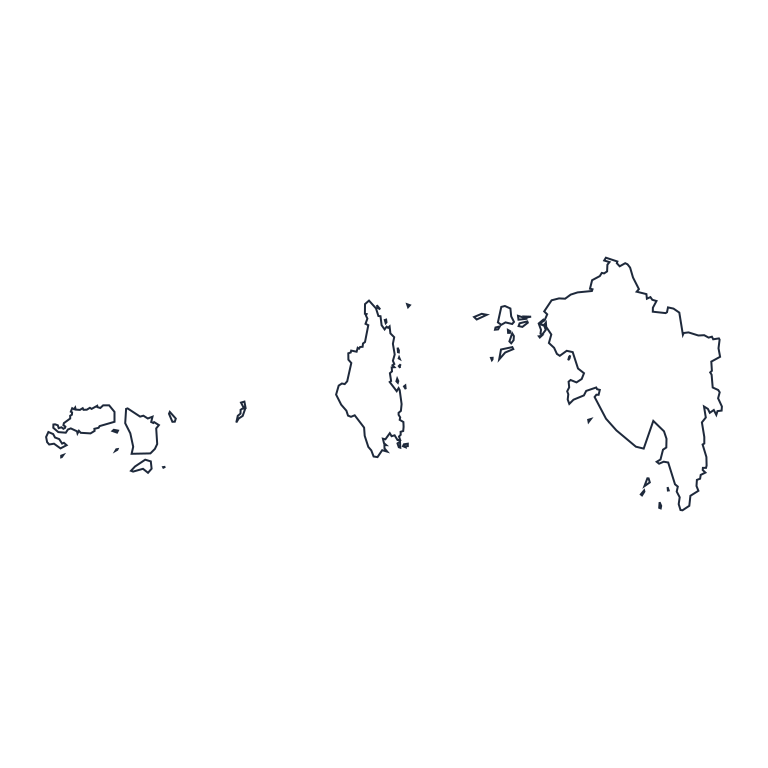 the district of Mueang Satun, Satun, Thailand
{"feature_id": "78962969B14471868666252", "entity_name": "Mueang Satun", "entity_type": "district", "adm_level": 2, "iso_a3": "THA", "parent_name": "Thailand", "parent_adm1": "Satun", "projection": "albers", "projection_center": [99.766, 6.614], "detail": "fine", "context": "isolated", "style": "outline", "palette": "slate", "viewbox_px": 768, "rotation_deg": 0, "n_neighbors": 0, "source": "geoboundaries", "source_scale": "gbopen_adm2", "svg_char_len": 6108}
<svg xmlns="http://www.w3.org/2000/svg" viewBox="0 0 768 768"><path d="M605.9,257.7L604.2,260.5L609.5,262.1L607.4,264.7L607.1,271.4L604.1,273.4L601.8,272.9L599.8,276.1L592.1,280.2L590.0,288.7L592.5,289.3L591.9,291.0L577.6,292.4L570.7,294.6L565.1,298.7L559.0,298.4L551.6,300.3L544.2,311.4L547.2,314.3L544.6,320.4L541.0,322.6L540.7,324.2L544.0,325.1L545.9,322.6L546.2,326.9L551.3,334.5L548.9,343.0L554.1,347.8L556.9,353.9L559.8,355.8L566.7,350.8L572.7,352.1L578.0,368.5L584.0,373.2L581.7,379.0L576.5,382.4L570.6,380.0L568.6,381.7L569.2,387.3L567.2,391.3L568.3,394.3L567.7,399.5L569.3,403.9L573.5,399.7L583.9,395.4L586.2,390.9L596.2,387.5L597.1,389.2L599.8,389.9L598.6,394.8L596.4,394.7L594.6,397.0L606.0,418.7L616.4,430.4L635.9,446.7L643.7,448.6L653.3,420.9L664.0,431.3L666.5,438.8L666.3,447.5L663.0,449.7L660.5,459.5L656.7,461.8L659.1,463.7L663.7,461.7L668.2,462.5L675.0,484.3L677.8,486.6L676.7,491.6L679.7,497.3L678.7,504.1L680.5,510.0L682.5,510.3L689.3,505.8L690.4,495.8L698.4,490.8L696.5,486.0L696.9,479.9L700.1,478.7L700.7,474.9L705.4,472.6L702.7,470.0L702.9,467.9L706.0,467.9L706.6,465.6L706.4,457.0L702.6,444.5L704.3,443.5L704.3,437.0L701.9,422.4L705.8,417.5L704.0,406.5L707.9,408.9L709.8,412.8L713.8,410.0L716.3,414.9L717.5,411.1L721.6,410.6L721.9,406.5L718.1,398.3L719.7,392.3L718.2,390.0L712.7,387.5L711.6,374.7L710.2,372.4L711.9,370.8L711.3,361.6L720.1,356.8L718.5,348.3L719.6,339.7L718.9,338.4L713.2,339.3L711.9,336.7L708.6,337.6L704.2,335.2L698.4,335.5L688.5,332.4L683.7,333.0L682.9,334.8L679.3,312.6L673.5,308.6L668.0,307.4L667.0,312.2L665.6,313.1L652.8,311.7L652.9,307.7L656.5,301.0L652.3,299.8L650.4,297.1L646.9,298.7L646.4,294.1L636.7,291.7L638.9,289.1L633.0,277.5L630.1,267.6L627.5,264.3L625.2,263.2L619.7,266.3L616.8,263.2L617.4,261.5L605.9,257.7ZM376.0,308.4L369.0,300.6L365.0,304.1L364.9,313.8L366.6,314.1L365.9,315.5L367.4,318.6L365.5,323.8L368.3,325.2L365.0,342.0L363.0,343.5L362.6,346.8L360.1,347.0L359.0,348.7L357.7,347.8L356.6,351.7L351.2,350.6L350.7,352.5L348.3,353.3L348.4,359.7L351.3,363.0L347.2,381.3L344.7,384.1L341.9,383.5L338.7,385.6L336.1,394.6L341.2,404.7L346.4,410.7L348.0,415.6L351.0,416.8L354.7,415.3L364.1,427.6L364.7,435.8L368.3,446.9L371.3,450.4L373.6,456.5L377.5,457.1L382.2,450.2L387.2,451.6L384.5,448.4L384.4,445.0L386.2,445.1L384.0,443.2L382.9,438.7L385.4,439.3L389.8,433.2L391.6,436.2L394.6,435.3L397.5,440.0L400.2,440.0L399.0,436.5L400.7,434.8L400.6,431.8L403.2,431.0L403.6,426.9L403.4,422.0L399.7,419.8L400.2,417.4L398.6,414.8L398.6,412.8L400.9,410.9L401.6,404.1L399.7,390.2L398.6,388.1L396.7,391.2L389.7,382.0L391.1,381.0L389.9,373.2L392.0,371.4L391.7,367.4L394.4,367.2L392.5,365.2L394.3,364.0L392.9,360.8L394.7,354.5L392.9,343.8L394.2,337.2L390.4,333.4L389.6,326.4L388.1,327.8L386.6,326.7L384.6,329.4L381.6,325.2L380.5,316.2L378.4,316.0L376.0,308.4ZM140.1,416.6L127.6,408.4L126.1,408.9L125.2,423.2L130.3,433.3L133.2,446.8L131.6,453.8L150.4,453.4L154.9,448.9L157.2,444.0L156.2,428.4L158.9,425.1L154.1,422.1L153.3,423.0L151.2,422.0L152.5,416.7L147.8,418.5L143.4,415.7L140.1,416.6ZM109.1,405.3L103.2,405.3L100.3,408.0L97.4,407.1L97.2,405.8L91.6,408.9L89.9,407.8L86.8,409.7L83.5,409.8L82.7,408.2L79.9,409.9L75.7,409.6L75.2,407.5L74.0,409.2L72.2,408.2L70.8,411.7L72.1,412.4L71.9,414.7L70.2,415.7L70.2,418.5L63.9,423.1L63.4,425.2L65.4,426.6L65.1,427.8L63.4,428.8L61.5,427.3L58.7,428.1L57.8,425.3L55.0,424.3L53.4,424.5L53.3,427.8L58.3,432.1L65.8,432.7L67.9,429.5L70.8,428.4L77.0,431.3L77.5,433.4L78.9,430.8L80.7,432.8L90.5,433.4L94.6,430.9L94.4,428.8L98.6,427.8L99.6,426.1L114.5,421.8L114.5,411.9L109.1,405.3ZM504.9,306.0L501.3,306.9L497.9,322.4L501.3,324.8L505.5,322.4L512.2,324.0L514.0,321.9L511.2,316.4L510.4,308.5L504.9,306.0ZM53.2,434.1L48.4,432.0L46.1,437.0L47.1,442.1L49.2,444.5L54.0,443.7L60.5,448.4L66.6,445.2L63.9,442.8L62.1,443.6L59.2,439.1L55.0,437.5L53.2,434.1ZM151.6,468.7L150.8,461.4L145.2,459.7L135.0,466.5L131.0,470.8L133.1,471.6L143.0,468.8L148.0,472.8L151.6,468.7ZM512.3,347.1L501.0,349.5L499.2,359.4L505.2,352.5L513.3,349.1L512.3,347.1ZM544.3,325.8L540.2,324.2L540.2,322.7L544.1,319.0L538.7,323.5L541.0,329.8L540.5,333.7L542.0,334.9L545.7,329.9L544.3,325.8ZM243.1,408.2L240.6,409.8L240.5,413.6L237.8,415.8L236.3,422.5L238.7,418.5L242.7,415.9L245.0,409.3L243.1,408.2ZM174.8,421.7L175.8,418.6L169.8,411.9L169.0,413.8L172.4,421.8L174.8,421.7ZM486.8,314.8L481.7,313.8L474.1,317.0L476.7,319.5L486.8,314.8ZM527.3,321.4L519.6,323.3L518.6,326.1L522.4,326.9L527.8,322.7L527.3,321.4ZM513.9,336.1L512.2,333.3L509.4,341.4L511.2,343.3L513.6,340.2L513.9,336.1ZM518.5,319.7L527.3,318.7L518.0,315.8L518.5,319.7ZM644.4,486.2L649.8,482.4L648.6,478.4L647.4,478.3L644.4,486.2ZM245.5,407.5L244.4,401.6L241.0,402.6L243.2,406.8L245.5,407.5ZM400.0,441.6L397.5,443.4L398.8,447.2L400.3,447.7L400.0,441.6ZM407.8,443.7L403.9,444.3L403.0,446.2L405.7,447.3L405.5,446.2L407.8,446.1L407.8,443.7ZM118.0,430.6L113.8,429.8L112.5,431.0L117.0,432.6L118.0,430.6ZM499.8,326.4L495.5,327.5L495.0,329.7L498.1,329.4L499.8,326.4ZM525.9,317.6L531.1,316.7L524.6,316.5L525.9,317.6ZM660.7,508.4L661.2,505.9L659.6,502.2L659.2,507.8L660.7,508.4ZM510.2,331.2L507.9,329.9L508.1,332.9L509.9,332.9L510.2,331.2ZM642.0,495.4L644.4,491.6L644.1,490.4L640.8,494.4L642.0,495.4ZM409.9,305.2L407.1,304.2L408.1,307.2L409.9,305.2ZM590.9,419.0L588.2,419.8L588.6,422.0L590.9,419.0ZM668.7,490.4L667.6,487.1L667.9,490.5L668.7,490.4ZM397.6,347.7L398.0,352.2L398.8,352.4L398.9,350.4L397.6,347.7ZM377.7,307.9L380.2,309.3L376.8,305.2L377.7,307.9ZM397.8,382.8L398.3,381.1L397.2,378.7L396.4,381.3L397.8,382.8ZM386.1,319.6L384.8,320.0L385.7,323.2L386.5,322.3L386.1,319.6ZM541.5,335.9L538.9,336.3L539.8,337.5L541.5,335.9ZM405.3,385.4L404.0,386.4L405.7,389.1L405.3,385.4ZM568.2,360.2L569.5,358.5L570.2,355.5L569.1,356.8L568.2,360.2ZM63.4,454.9L61.2,455.7L61.2,457.3L61.8,457.1L63.4,454.9ZM400.1,367.8L399.8,366.2L400.6,364.3L398.8,366.1L400.1,367.8ZM492.6,357.8L491.0,357.9L491.9,360.2L492.5,359.4L492.6,357.8ZM163.4,467.7L165.3,466.8L163.1,467.1L163.4,467.7ZM398.7,358.4L399.8,359.0L399.1,357.3L398.7,358.4ZM115.4,450.9L117.3,449.8L117.6,449.1L116.3,449.3L115.4,450.9Z" fill="none" stroke="#1e293b" stroke-width="2"/></svg>